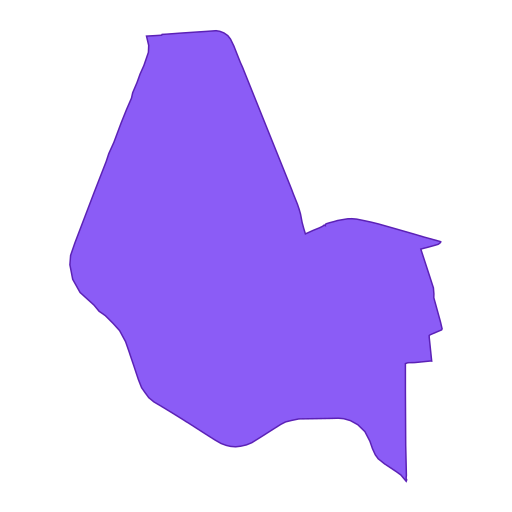 outline of Agege, Lagos, Nigeria
{"feature_id": "59680162B37327775180775", "entity_name": "Agege", "entity_type": "district", "adm_level": 2, "iso_a3": "NGA", "parent_name": "Nigeria", "parent_adm1": "Lagos", "projection": "albers", "projection_center": [3.32, 6.625], "detail": "fine", "context": "isolated", "style": "filled", "palette": "violet", "viewbox_px": 512, "rotation_deg": 0, "n_neighbors": 0, "source": "geoboundaries", "source_scale": "gbopen_adm2", "svg_char_len": 1936}
<svg xmlns="http://www.w3.org/2000/svg" viewBox="0 0 512 512"><path d="M240.7,446.2L246.4,444.9L251.8,442.7L260.6,437.2L274.1,428.6L280.9,424.3L285.6,421.9L291.7,420.4L298.9,418.9L312.5,418.7L331.4,418.4L338.2,418.2L343.8,418.7L350.4,420.6L357.8,424.7L364.9,431.6L369.9,441.2L372.5,448.7L375.3,454.8L378.2,458.8L384.6,463.9L395.9,471.4L400.8,474.9L406.2,481.3L406.5,480.5L406.7,479.8L406.1,478.4L406.4,475.4L405.7,445.2L405.4,391.0L405.4,375.2L405.4,363.6L407.9,362.7L414.5,362.6L430.4,361.0L431.7,361.1L431.4,358.4L429.2,337.2L429.2,335.5L430.3,334.7L436.4,332.1L441.6,329.9L442.1,328.8L440.4,321.6L433.8,297.7L433.9,293.9L433.4,287.8L432.5,285.1L429.3,275.2L422.3,253.7L420.8,249.1L424.1,248.2L427.7,247.3L435.6,245.1L438.2,244.3L440.0,243.0L440.8,241.9L440.2,241.5L423.8,237.0L413.4,233.9L409.2,232.7L395.6,228.8L378.3,223.9L371.0,222.1L364.0,220.6L356.6,219.1L351.9,218.7L347.7,218.8L342.8,219.6L337.6,220.5L333.9,221.6L329.6,222.7L326.1,223.8L325.8,224.1L325.2,224.7L325.3,225.6L325.0,225.5L323.7,225.3L322.8,226.2L319.5,227.8L313.1,230.4L305.4,233.9L303.8,228.7L302.1,222.4L300.5,214.0L299.1,209.1L297.4,204.1L293.3,193.9L291.5,189.1L289.7,184.6L263.5,119.5L242.5,67.2L240.5,62.8L238.7,58.3L236.6,53.0L233.9,46.1L230.5,39.1L227.8,35.6L223.9,32.9L219.8,31.3L216.1,30.7L206.3,31.4L180.6,33.1L166.0,34.2L162.1,34.4L161.6,35.2L155.4,35.6L146.5,36.1L148.7,45.4L148.4,52.4L143.9,65.5L140.1,74.0L137.0,82.6L132.7,92.7L131.5,98.1L126.5,109.6L121.2,122.8L113.9,142.3L108.8,153.6L106.2,161.5L94.2,192.3L74.9,242.9L70.6,255.4L69.9,264.8L72.7,279.3L80.1,292.5L94.0,305.1L99.1,311.3L105.3,315.6L112.9,323.2L119.6,330.6L125.6,341.7L129.4,352.6L130.2,355.1L133.5,364.8L138.3,379.3L141.6,387.7L144.9,392.4L148.8,397.7L153.9,401.9L164.7,408.3L166.3,409.3L177.7,416.3L184.1,420.3L186.5,421.9L187.5,422.4L206.0,434.3L215.0,440.0L221.1,443.5L226.3,445.4L230.6,446.4L235.6,446.8L240.7,446.2Z" fill="#8b5cf6" stroke="#5b21b6" stroke-width="1.5"/></svg>